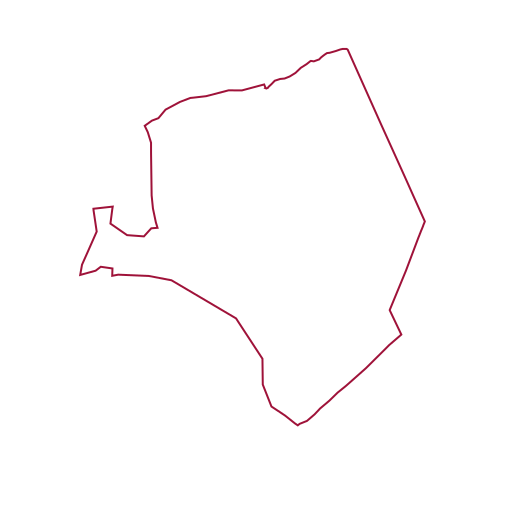 As Salam / Ar Rawat, White Nile, Sudan (Albers equal-area conic projection), rotated 246°
{"feature_id": "16777658B2941917788931", "entity_name": "As Salam / Ar Rawat", "entity_type": "district", "adm_level": 2, "iso_a3": "SDN", "parent_name": "Sudan", "parent_adm1": "White Nile", "projection": "albers", "projection_center": [32.362, 12.482], "detail": "fine", "context": "isolated", "style": "outline", "palette": "rose", "viewbox_px": 512, "rotation_deg": 246, "n_neighbors": 0, "source": "geoboundaries", "source_scale": "gbopen_adm2", "svg_char_len": 1689}
<svg xmlns="http://www.w3.org/2000/svg" viewBox="0 0 512 512"><g transform="rotate(246 256 256)"><path d="M218.9,424.3L248.0,424.2L252.4,424.2L255.5,424.2L256.4,424.2L257.2,424.2L257.5,424.2L257.8,424.2L258.0,424.2L258.4,424.2L258.6,424.2L258.9,424.2L259.1,424.2L259.4,424.2L259.7,424.2L260.0,424.2L279.9,424.1L325.4,423.8L407.2,423.7L408.3,423.0L409.9,419.5L410.4,417.0L410.8,412.3L411.7,405.9L412.5,403.4L412.1,401.0L411.5,398.3L410.9,396.1L409.9,393.7L410.3,388.0L411.9,385.5L411.9,385.0L410.7,380.3L409.7,373.5L407.2,366.5L406.3,359.8L406.5,354.3L407.9,350.1L408.5,344.4L406.7,340.0L405.4,336.2L404.8,335.3L404.8,334.0L404.8,333.6L405.1,333.3L405.3,333.1L405.5,332.9L405.7,332.7L405.9,333.1L409.4,333.2L413.0,310.5L418.5,298.3L422.3,275.4L426.1,263.3L427.1,260.3L427.7,249.1L426.5,232.9L421.6,222.9L422.0,216.0L420.2,207.3L413.1,207.5L402.2,206.2L392.5,201.9L353.8,185.3L341.4,181.2L327.5,178.2L321.8,177.5L323.9,171.6L319.5,161.6L327.5,146.7L344.8,136.2L357.3,143.8L359.4,145.2L365.3,126.7L363.9,126.2L343.1,120.4L328.6,104.4L318.8,93.5L310.2,87.7L307.8,103.5L309.3,109.8L303.0,119.8L296.4,116.6L295.0,122.5L281.4,149.9L268.2,168.9L207.1,212.4L202.0,213.2L159.5,220.1L135.8,209.9L112.2,208.9L98.5,217.6L87.0,223.6L84.3,225.3L84.9,227.6L84.7,233.4L84.6,235.4L87.5,245.1L90.3,251.8L90.5,252.1L94.0,264.2L98.0,275.0L100.8,285.5L108.8,310.8L118.7,336.9L120.5,341.5L125.1,356.8L125.6,356.8L152.1,356.1L152.3,356.2L181.7,387.1L206.8,411.9L209.2,414.4L209.5,414.6L209.7,414.8L209.8,415.0L210.4,415.6L210.6,415.8L211.5,416.7L211.7,416.9L211.9,417.1L212.3,417.5L212.7,418.0L215.6,421.0L215.9,421.2L216.1,421.4L217.7,423.1L218.9,424.3Z" fill="none" stroke="#9f1239" stroke-width="2"/></g></svg>